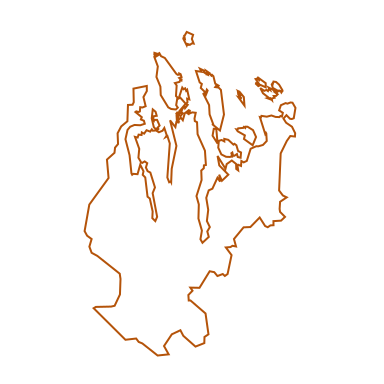 outline of Meløy nor, Nordland, Norway, rotated 85°
{"feature_id": "86288312B75314465532393", "entity_name": "Meløy nor", "entity_type": "district", "adm_level": 2, "iso_a3": "NOR", "parent_name": "Norway", "parent_adm1": "Nordland", "projection": "mercator", "projection_center": [13.563, 66.788], "detail": "fine", "context": "isolated", "style": "outline", "palette": "amber", "viewbox_px": 384, "rotation_deg": 85, "n_neighbors": 0, "source": "geoboundaries", "source_scale": "gbopen_adm2", "svg_char_len": 5977}
<svg xmlns="http://www.w3.org/2000/svg" viewBox="0 0 384 384"><g transform="rotate(85 192 192)"><path d="M195.6,295.4L221.6,302.4L226.4,300.3L230.1,296.1L237.5,299.0L243.8,297.3L247.4,291.9L267.1,271.1L272.4,270.8L287.8,272.7L298.6,279.0L299.1,282.6L298.1,297.8L299.2,300.1L333.4,271.2L333.1,260.4L336.7,258.2L338.5,254.7L351.9,240.5L351.7,229.4L343.0,233.3L332.0,224.5L328.7,215.6L334.5,213.2L346.3,202.0L343.6,192.9L337.5,192.2L335.2,188.0L314.2,189.1L299.9,203.0L299.8,204.7L294.3,204.6L290.4,200.1L287.1,202.0L288.1,192.9L272.5,181.3L273.8,176.8L277.9,174.0L276.4,168.5L278.5,166.6L276.8,163.7L258.3,158.1L250.2,163.1L250.2,158.4L249.1,156.4L250.1,152.9L242.5,154.3L231.7,143.7L232.0,136.9L223.3,126.8L232.3,122.1L233.7,119.6L232.1,116.8L232.2,113.7L228.1,113.4L228.3,105.8L224.9,101.5L219.5,106.0L216.5,106.2L209.4,105.1L205.6,98.1L203.4,101.8L198.1,105.1L161.3,100.3L149.4,93.1L144.8,89.2L145.7,84.6L142.4,84.1L135.7,86.7L131.2,92.2L126.8,94.5L123.7,91.2L127.6,88.0L128.0,86.2L127.4,84.2L117.2,81.6L111.8,84.1L111.4,86.1L112.3,89.2L111.6,91.0L113.3,95.9L118.3,98.1L121.0,94.6L124.7,95.8L124.0,97.3L125.0,98.4L124.5,102.2L122.7,106.2L123.5,110.9L122.2,116.2L123.8,116.9L123.4,117.8L140.6,114.0L139.5,113.2L140.1,112.9L147.7,113.1L151.3,117.2L152.3,122.1L152.0,123.9L154.0,129.8L165.8,134.7L167.0,137.9L165.4,140.1L170.3,140.9L168.8,143.7L169.3,144.4L174.5,144.1L172.9,145.9L167.9,145.6L164.1,149.6L167.2,155.0L171.8,156.6L158.3,163.4L167.9,162.5L177.9,154.3L183.4,161.2L177.1,163.4L184.1,163.1L180.0,165.4L190.5,171.4L191.8,175.2L199.1,178.3L211.2,177.4L222.2,179.7L228.5,177.3L232.6,180.2L238.2,179.2L243.5,186.0L239.8,187.7L231.3,185.5L219.0,187.9L205.0,186.3L196.5,187.9L180.9,181.4L171.4,180.9L169.4,178.2L166.5,177.8L166.3,175.8L152.0,175.5L134.9,181.4L122.9,180.9L121.6,183.0L119.0,183.1L113.4,181.4L112.7,184.8L113.5,187.4L113.3,187.6L112.6,187.1L112.3,187.0L112.1,187.1L114.1,188.5L113.1,189.8L110.7,187.3L110.2,188.1L112.9,192.3L119.7,194.9L116.9,196.7L119.5,199.4L114.8,199.1L114.4,200.7L120.3,200.9L121.1,199.0L121.6,199.3L121.0,201.5L125.9,202.9L118.7,207.6L144.7,203.5L167.1,210.2L180.4,211.9L179.4,212.3L180.4,212.1L179.7,212.6L180.3,213.9L175.4,215.3L141.7,209.9L134.2,211.6L135.0,213.4L133.4,212.2L125.8,214.0L128.4,216.0L129.6,219.8L128.1,221.8L125.7,219.4L127.6,223.6L127.5,225.8L126.1,226.6L128.2,228.4L126.5,231.9L129.7,234.6L128.3,236.8L130.8,237.3L130.2,240.2L133.0,241.4L132.1,244.0L144.4,240.8L153.2,242.4L158.2,240.0L158.7,239.1L157.4,236.5L159.4,234.1L163.6,235.8L167.4,234.4L169.0,231.8L184.2,228.5L189.7,231.3L213.7,228.9L217.8,231.1L214.6,233.8L207.9,232.9L194.8,234.6L192.8,236.7L173.4,237.3L170.6,239.6L167.1,238.5L160.3,241.2L169.5,244.7L168.8,248.9L169.6,250.1L168.1,250.7L149.9,251.0L133.6,253.7L124.5,250.8L121.6,247.9L120.2,243.5L121.0,237.7L119.9,233.1L116.8,233.7L115.3,236.6L113.1,235.5L107.4,241.4L106.8,240.5L107.6,238.4L107.4,237.2L107.2,236.9L103.0,236.2L103.5,234.0L102.5,230.7L93.2,232.1L87.5,228.2L82.4,227.8L83.9,241.3L97.5,242.2L99.9,243.6L99.7,248.2L115.9,250.2L120.5,256.8L127.0,261.0L137.8,261.5L141.1,264.8L146.2,265.8L152.3,273.9L170.8,273.9L195.6,295.4ZM79.9,192.8L78.2,192.4L79.2,193.2L77.3,194.8L76.6,192.4L73.6,193.1L72.8,194.4L74.0,194.5L74.0,196.1L72.8,197.4L56.1,207.4L54.0,211.0L50.9,212.4L51.7,213.5L50.1,217.3L51.5,217.5L52.5,214.7L51.6,213.8L52.6,213.4L54.3,216.8L52.8,217.2L54.0,217.8L63.9,215.1L74.3,217.4L84.3,214.3L92.7,214.7L105.6,208.3L107.5,205.5L108.4,200.9L106.7,198.8L104.1,200.2L97.8,198.6L97.9,197.8L97.7,197.2L95.0,199.6L84.5,198.0L82.0,199.5L81.2,194.8L79.1,193.8L79.9,192.8ZM117.6,153.4L92.8,154.3L90.3,156.4L89.5,159.7L88.4,158.8L88.7,157.0L88.5,156.3L88.4,156.2L86.1,159.4L78.5,160.6L76.3,162.5L78.7,161.9L75.6,164.1L76.4,165.4L76.3,166.0L75.0,164.3L72.5,167.3L76.5,166.2L76.0,167.1L73.6,169.8L72.2,169.3L69.9,173.3L73.1,172.0L71.8,177.5L83.5,174.8L85.2,172.8L89.1,174.2L94.4,169.6L91.3,168.3L92.3,167.6L96.5,169.7L94.5,171.1L95.2,172.1L106.9,167.4L116.2,167.7L127.3,164.7L126.1,165.3L126.6,165.5L133.2,158.8L117.6,153.4ZM162.1,140.6L156.9,139.7L155.2,142.5L149.3,143.7L147.7,145.5L148.4,146.6L143.2,151.3L141.9,155.2L144.4,155.4L142.8,157.9L143.3,160.8L150.1,162.0L157.1,159.5L159.9,155.0L160.4,151.0L159.7,149.5L161.0,148.5L156.8,149.4L156.2,148.4L159.2,147.9L159.6,146.6L158.1,143.9L161.1,143.4L162.1,140.6ZM142.8,123.4L135.7,125.8L131.8,131.0L131.6,133.0L132.8,133.4L131.7,134.7L132.6,135.4L132.6,140.5L133.8,141.2L133.5,142.3L135.5,141.2L140.2,134.4L143.7,135.6L150.7,127.5L142.8,123.4ZM99.5,186.6L89.7,187.9L90.7,189.0L88.1,189.8L88.9,191.5L87.1,192.6L97.6,197.1L96.8,195.6L103.5,190.6L110.5,197.7L112.7,198.0L111.5,199.8L112.4,200.6L115.3,196.7L112.7,194.3L111.9,195.1L113.3,196.6L108.7,194.5L105.7,192.0L107.9,191.6L104.8,188.7L103.7,190.4L102.2,188.7L98.6,188.7L99.5,186.6ZM102.2,98.2L99.2,101.4L97.8,101.2L99.8,98.8L98.6,99.0L96.0,102.0L98.3,101.7L95.5,102.5L96.8,103.1L94.6,106.6L97.0,105.6L96.3,106.5L98.1,107.5L96.8,108.9L97.5,111.2L94.4,114.9L99.8,112.7L104.8,107.3L105.1,108.8L106.5,105.9L104.7,106.3L107.4,104.3L105.8,104.4L105.3,101.5L103.5,102.2L103.6,99.9L102.2,98.2ZM35.5,177.2L32.1,183.3L35.6,185.7L34.8,186.2L38.6,185.8L37.7,187.0L38.5,187.3L45.4,184.5L44.0,184.0L44.6,182.4L45.1,183.7L45.2,181.2L43.9,179.1L44.3,177.4L39.5,178.8L35.5,177.2ZM123.0,218.5L117.1,220.5L116.9,223.5L117.9,223.8L117.3,224.4L113.2,223.7L113.0,220.5L108.9,221.3L106.3,223.9L115.1,225.7L124.0,224.4L126.5,222.4L123.0,218.5ZM99.9,92.9L98.4,93.1L92.6,95.9L89.7,98.7L89.1,101.2L92.5,102.5L91.2,102.7L91.8,103.2L95.4,102.4L99.2,96.8L98.5,96.3L99.1,95.0L100.7,94.3L99.3,93.2L99.9,92.9ZM146.0,162.3L131.3,162.3L130.9,164.8L137.7,166.6L146.0,162.3ZM94.1,109.5L90.0,109.1L83.1,117.0L85.5,114.8L86.4,115.3L84.7,116.8L85.0,118.8L90.8,115.4L89.1,118.6L89.8,118.9L92.3,116.7L91.4,114.3L94.1,109.5ZM110.5,132.2L101.9,132.1L96.2,136.0L95.6,137.1L99.0,135.3L96.6,137.5L98.8,137.4L99.6,136.0L100.8,134.8L99.7,137.5L103.2,134.3L101.6,137.6L110.5,132.2Z" fill="none" stroke="#b45309" stroke-width="2"/></g></svg>